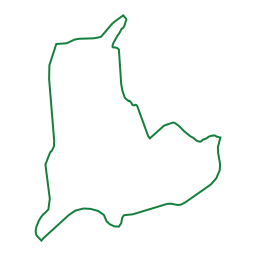 map outline of Mulanje (Mercator projection)
{"feature_id": "MWI-1923", "entity_name": "Mulanje", "entity_type": "District", "adm_level": 1, "iso_a3": "MWI", "parent_name": "Malawi", "parent_adm1": "", "projection": "mercator", "projection_center": [35.569, -15.908], "detail": "fine", "context": "isolated", "style": "outline", "palette": "green", "viewbox_px": 256, "rotation_deg": 0, "n_neighbors": 0, "source": "natural_earth", "source_scale": "10m", "svg_char_len": 2141}
<svg xmlns="http://www.w3.org/2000/svg" viewBox="0 0 256 256"><path d="M220.4,137.5L217.9,147.0L218.1,152.9L220.1,164.3L219.7,170.2L216.3,178.3L210.8,184.5L184.8,202.7L181.0,204.6L177.7,205.0L170.9,203.7L167.1,203.9L132.8,214.3L124.1,215.2L122.3,217.4L121.2,223.2L118.9,226.6L114.4,226.4L109.6,224.1L106.5,221.2L103.9,214.9L98.0,210.9L90.6,208.9L83.5,208.5L75.3,210.6L68.5,215.3L43.5,238.1L41.4,240.6L37.4,236.4L36.2,234.5L35.6,231.2L36.3,227.1L38.9,220.6L41.2,216.9L43.3,214.3L45.3,212.6L48.4,209.4L49.8,198.7L45.4,164.5L50.2,152.3L52.0,150.6L53.9,146.4L54.2,141.0L49.1,78.9L49.4,65.2L56.3,44.0L66.3,43.3L69.3,42.1L74.2,39.7L78.8,38.8L93.8,38.3L98.4,37.5L101.2,36.6L111.8,24.1L114.5,21.7L123.2,15.4L125.9,18.5L126.2,19.2L126.4,19.9L125.6,21.7L124.5,25.5L124.2,26.2L124.0,26.4L123.5,27.4L123.2,27.8L122.9,28.1L122.7,28.3L122.0,28.5L121.7,28.7L119.8,32.3L119.3,33.1L118.9,33.9L118.6,34.2L118.3,34.5L117.5,35.6L113.5,42.8L112.7,44.9L112.5,46.8L112.8,47.3L113.1,47.4L113.5,47.4L114.9,47.4L115.2,47.5L115.5,47.6L116.7,47.9L117.0,48.0L117.4,48.3L118.1,48.8L118.4,49.0L118.6,49.3L118.9,49.6L121.2,84.1L122.5,91.1L124.6,97.1L125.2,98.2L125.7,98.8L126.3,99.2L127.1,99.8L127.4,100.0L127.7,100.2L128.0,100.4L128.4,100.8L128.6,101.0L128.9,101.0L129.1,100.9L129.4,100.8L129.6,100.9L130.5,102.0L130.9,102.4L131.2,102.9L131.4,103.1L131.9,103.8L132.2,104.7L132.5,104.9L132.9,105.1L133.2,105.1L133.7,105.3L133.9,105.4L134.1,105.4L134.8,105.0L135.4,104.9L135.7,104.9L136.0,104.9L136.4,105.1L136.9,105.6L137.6,107.0L148.1,136.0L149.9,138.3L164.1,125.6L173.1,122.5L174.7,122.9L178.9,125.9L184.3,131.4L190.7,136.5L193.1,137.7L196.2,140.3L196.8,140.7L198.0,141.3L199.6,141.6L200.1,141.6L200.6,141.6L201.1,141.3L201.5,141.0L201.9,140.6L202.3,140.1L202.7,139.8L203.2,139.5L204.3,139.3L204.5,139.1L204.9,138.9L205.5,138.8L205.9,138.6L207.6,137.7L208.0,137.3L208.3,136.9L208.8,136.6L209.6,136.4L210.8,135.9L211.5,135.7L211.9,135.6L212.8,135.7L213.2,135.7L213.6,135.4L214.2,135.4L214.9,135.5L216.7,136.6L217.2,136.9L217.6,136.9L218.5,136.9L218.9,137.1L219.5,137.5L219.8,137.6L220.0,137.6L220.3,137.5L220.4,137.5Z" fill="none" stroke="#15803d" stroke-width="2"/></svg>